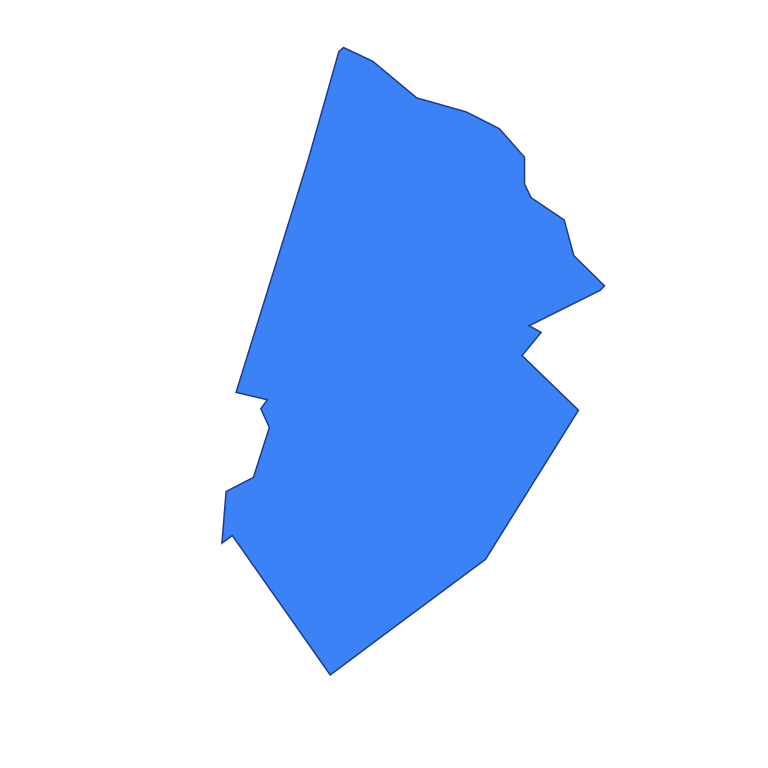 outline of Greene, New York, United States of America, rotated 296°
{"feature_id": "52423323B74278338404385", "entity_name": "Greene", "entity_type": "district", "adm_level": 2, "iso_a3": "USA", "parent_name": "United States of America", "parent_adm1": "New York", "projection": "orthographic", "projection_center": [-74.073, 42.28], "detail": "fine", "context": "isolated", "style": "filled", "palette": "blue", "viewbox_px": 768, "rotation_deg": 296, "n_neighbors": 0, "source": "geoboundaries", "source_scale": "gbopen_adm2", "svg_char_len": 542}
<svg xmlns="http://www.w3.org/2000/svg" viewBox="0 0 768 768"><g transform="rotate(296 384 384)"><path d="M311.6,254.7L318.7,286.1L307.8,284.1L294.7,300.0L242.8,307.6L218.2,289.2L169.9,308.1L181.3,314.1L98.9,463.2L162.9,496.1L270.9,552.1L297.9,554.9L445.7,570.3L470.0,495.6L499.2,502.6L500.0,488.9L563.2,537.4L568.9,539.1L582.6,498.3L610.4,474.1L615.9,434.6L625.3,422.7L649.4,410.9L664.0,375.8L664.6,338.7L655.5,288.0L669.1,232.4L668.7,200.1L663.1,197.7L551.5,217.7L311.6,254.7Z" fill="#3b82f6" stroke="#1e3a8a" stroke-width="1.5"/></g></svg>